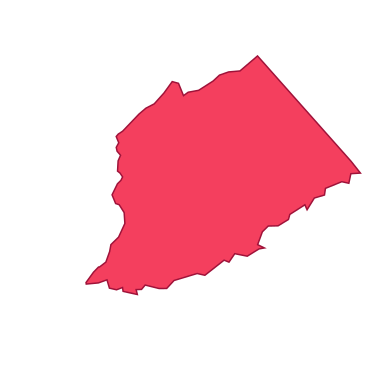 the district of Dixie, Florida, United States of America, rotated 49°
{"feature_id": "52423323B96529923169881", "entity_name": "Dixie", "entity_type": "district", "adm_level": 2, "iso_a3": "USA", "parent_name": "United States of America", "parent_adm1": "Florida", "projection": "equal_earth", "projection_center": [-83.166, 29.557], "detail": "fine", "context": "isolated", "style": "filled", "palette": "rose", "viewbox_px": 384, "rotation_deg": 49, "n_neighbors": 0, "source": "geoboundaries", "source_scale": "gbopen_adm2", "svg_char_len": 1101}
<svg xmlns="http://www.w3.org/2000/svg" viewBox="0 0 384 384"><g transform="rotate(49 192 192)"><path d="M95.7,134.5L98.9,148.2L100.7,162.7L98.5,171.8L98.4,180.8L100.6,204.5L99.9,209.6L100.4,212.8L106.8,215.0L108.6,219.9L112.1,221.8L117.4,221.8L120.0,227.3L127.4,234.5L130.5,233.9L135.1,234.5L136.6,238.0L136.9,242.9L141.7,254.2L150.6,257.2L153.8,255.3L163.0,256.7L171.7,263.3L177.9,277.0L178.5,287.7L182.9,293.2L188.4,303.0L187.9,311.1L187.3,311.8L187.9,318.9L190.8,331.4L192.1,332.2L199.2,322.3L202.5,313.8L210.4,317.4L216.3,313.1L218.5,307.1L221.8,309.2L233.5,300.5L229.0,298.2L232.4,294.0L231.5,288.4L243.2,280.2L248.2,274.4L247.0,263.6L256.9,241.6L263.3,236.9L264.5,212.5L269.2,210.1L266.6,200.2L276.7,192.4L278.9,178.8L281.7,174.1L274.8,177.0L268.2,165.0L267.7,156.8L274.0,149.2L276.0,137.2L273.1,132.9L275.7,115.2L280.9,116.8L276.8,103.6L281.2,94.0L276.8,88.9L282.5,72.2L288.3,67.9L282.4,60.1L288.2,52.5L273.1,51.8L132.3,53.3L132.1,76.4L125.4,85.6L121.8,94.6L122.1,103.3L119.6,120.3L114.2,129.4L113.7,135.2L101.1,130.9L95.7,134.5Z" fill="#f43f5e" stroke="#9f1239" stroke-width="1.5"/></g></svg>